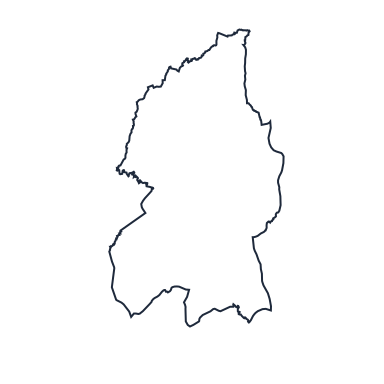 the district of Lam Plai Mat, Buri Ram, Thailand, rotated 341°
{"feature_id": "78962969B20413411154684", "entity_name": "Lam Plai Mat", "entity_type": "district", "adm_level": 2, "iso_a3": "THA", "parent_name": "Thailand", "parent_adm1": "Buri Ram", "projection": "robinson", "projection_center": [102.861, 15.019], "detail": "fine", "context": "isolated", "style": "outline", "palette": "slate", "viewbox_px": 384, "rotation_deg": 341, "n_neighbors": 0, "source": "geoboundaries", "source_scale": "gbopen_adm2", "svg_char_len": 5988}
<svg xmlns="http://www.w3.org/2000/svg" viewBox="0 0 384 384"><g transform="rotate(341 192 192)"><path d="M228.0,329.7L229.5,325.7L230.6,318.4L230.8,312.4L229.2,303.6L229.2,300.3L229.3,298.9L231.5,292.0L232.0,287.4L233.3,282.7L232.7,278.6L232.7,271.9L232.2,268.0L232.2,265.4L234.7,254.5L235.6,254.8L237.5,255.0L239.8,254.9L243.6,253.6L246.8,253.2L248.1,252.7L248.6,252.2L249.1,252.3L250.9,250.2L251.7,247.7L252.7,245.7L254.7,244.8L255.2,245.0L255.4,245.8L256.1,245.7L256.2,246.1L256.7,245.6L258.1,245.6L258.3,245.0L260.0,244.4L260.1,243.4L262.0,243.0L263.4,242.4L264.0,240.3L265.4,239.2L266.9,239.4L268.5,238.1L271.5,233.3L274.2,224.7L275.3,217.9L276.1,215.9L276.4,211.3L277.2,208.9L279.7,205.5L282.8,202.6L284.2,200.8L287.8,194.5L290.2,188.1L289.7,185.4L289.1,184.2L285.0,181.2L282.8,179.1L281.4,175.6L281.0,171.6L281.9,165.8L287.3,157.1L288.9,150.9L287.9,151.6L285.6,152.0L279.7,151.2L280.5,147.6L280.6,146.0L280.2,145.8L280.6,143.6L280.3,143.4L280.8,138.8L280.5,138.7L280.1,137.9L278.8,137.2L278.6,136.2L277.3,135.6L277.4,135.0L276.3,134.1L276.3,131.1L275.8,130.6L275.8,129.7L275.4,128.7L275.0,128.3L274.4,126.5L272.9,126.0L273.9,122.8L274.3,117.9L276.1,113.2L276.3,109.2L276.9,106.4L279.0,103.1L279.9,99.3L281.3,97.2L281.5,95.0L282.8,90.3L284.2,87.4L285.8,83.0L287.8,79.3L289.3,75.1L289.4,72.5L288.5,69.8L288.9,70.0L289.5,69.8L290.8,68.9L290.8,68.4L291.2,67.9L291.0,66.9L291.3,65.6L291.8,65.6L292.9,62.9L294.3,62.6L295.4,61.9L296.4,61.9L297.4,59.7L298.8,58.8L298.6,57.9L297.3,57.5L297.1,57.1L296.5,56.9L296.0,57.1L294.8,56.3L293.4,56.0L292.9,55.5L292.3,55.5L291.6,54.6L290.9,54.6L289.7,53.8L287.7,54.1L286.3,56.0L285.5,55.7L284.3,56.3L284.3,55.5L283.9,55.1L282.7,56.5L281.5,56.4L280.6,56.9L276.9,55.8L276.2,56.6L269.8,51.0L268.5,50.1L266.8,52.1L266.3,54.1L264.3,57.0L263.1,60.6L262.6,61.1L261.8,61.1L260.7,60.4L259.9,60.5L259.5,60.9L259.2,60.7L257.0,61.5L254.6,63.4L253.8,63.1L252.4,63.7L250.3,63.5L249.9,64.4L248.7,64.9L247.7,64.9L247.3,66.2L246.4,66.6L245.9,66.5L245.7,66.7L245.5,66.4L245.0,67.3L244.2,67.9L242.2,67.7L241.8,68.2L240.8,68.2L240.6,68.7L239.0,68.4L238.6,66.7L238.1,66.3L237.2,66.7L236.8,66.4L235.8,66.4L235.4,66.8L234.5,66.4L234.3,66.8L234.5,67.8L234.3,68.0L233.0,67.7L230.8,68.5L230.5,67.9L230.8,67.7L230.9,66.7L231.2,66.6L231.0,65.3L230.6,65.3L230.9,64.8L230.4,64.8L231.2,64.4L230.8,64.0L229.5,64.6L229.2,65.5L228.4,65.5L227.9,65.9L227.0,65.8L226.8,66.7L224.8,67.1L224.3,68.2L224.7,69.4L224.1,69.8L222.9,69.7L221.0,70.6L218.7,73.7L217.7,72.6L217.1,71.1L212.5,68.3L212.5,66.5L211.8,66.5L211.5,66.9L210.9,66.8L210.1,68.3L208.7,69.1L208.4,70.1L206.1,71.8L205.9,72.5L204.8,73.3L202.7,77.4L200.6,76.7L199.7,79.6L196.8,82.2L194.8,81.7L193.0,80.8L189.7,81.0L189.5,78.4L184.4,78.6L184.2,80.9L180.1,83.8L179.8,84.5L178.5,85.5L178.3,86.2L177.3,87.6L175.5,88.2L173.2,87.7L171.5,87.9L170.2,88.8L169.0,89.1L169.0,89.9L168.5,91.1L168.6,93.1L168.2,93.6L167.9,95.4L167.4,96.3L165.8,98.1L164.4,98.5L164.0,99.8L164.0,102.5L162.9,102.8L161.0,104.4L159.7,104.3L159.8,106.4L159.2,107.8L159.2,108.7L158.8,109.9L158.3,110.4L157.7,110.3L157.2,112.0L156.4,112.9L155.6,113.1L154.8,114.1L154.2,116.0L152.9,116.8L151.2,118.9L149.4,123.0L148.3,124.2L146.0,125.3L145.6,126.5L144.6,127.4L144.2,128.8L144.9,129.5L143.8,130.8L143.0,133.4L141.9,134.2L140.9,135.9L140.2,138.0L139.2,138.8L138.0,139.0L133.0,143.6L131.8,143.3L131.2,143.5L130.8,144.4L130.1,144.4L129.6,145.0L129.7,145.5L129.4,145.5L128.8,145.0L128.6,146.0L127.9,147.0L128.3,147.5L129.9,147.3L130.3,147.6L129.5,151.2L129.9,151.8L131.9,152.1L133.4,149.3L134.2,149.0L134.7,149.1L134.8,149.7L134.0,150.9L136.4,152.3L136.2,153.6L137.0,156.5L137.3,156.4L138.1,154.8L139.0,153.9L141.6,154.3L143.5,153.9L143.8,154.8L143.6,155.2L141.3,156.1L142.6,157.1L142.6,157.5L141.9,158.9L143.1,158.5L143.5,157.9L143.9,157.9L144.1,158.4L143.5,159.0L143.5,159.5L144.8,159.7L145.4,161.0L145.3,161.5L144.5,162.0L144.1,162.9L144.6,164.8L144.7,166.4L146.3,165.9L146.5,165.3L145.9,164.8L145.8,164.2L146.1,163.9L146.7,164.0L147.7,166.6L148.6,167.6L150.3,167.8L152.6,169.0L152.5,169.4L151.2,169.4L151.3,169.7L151.7,169.9L151.8,170.4L151.0,171.1L150.9,171.8L154.2,173.7L154.8,174.4L155.4,174.5L156.5,175.4L156.5,176.0L156.0,176.3L155.1,176.0L154.0,177.9L145.4,182.6L142.9,184.3L140.1,186.8L139.6,190.0L139.8,191.7L141.1,196.7L111.8,205.2L111.7,205.7L112.1,205.8L112.2,206.3L111.1,206.4L111.0,206.9L110.3,207.3L110.5,207.8L109.8,207.6L109.9,208.1L109.5,208.3L109.4,209.0L108.5,208.7L107.8,209.0L107.4,209.7L106.8,209.4L106.7,210.3L106.2,211.0L105.8,211.5L105.5,211.4L105.3,211.8L105.0,211.5L104.6,212.4L104.2,212.5L103.5,213.5L102.8,213.9L102.2,215.4L101.6,215.4L101.5,215.9L101.0,215.8L100.9,216.5L100.6,216.5L100.5,216.1L100.2,216.0L99.3,217.0L98.6,217.0L97.9,217.4L97.6,217.0L97.2,217.4L96.7,217.2L96.7,218.4L95.7,219.5L95.7,220.1L94.4,221.4L93.7,231.6L93.9,237.8L93.7,238.8L85.2,256.0L85.2,269.1L85.5,269.7L89.3,273.6L90.8,276.0L93.7,284.6L93.8,290.3L97.5,288.0L99.3,288.6L101.6,289.9L103.1,290.0L104.4,289.5L106.7,288.7L115.6,284.1L117.9,282.8L118.6,281.8L120.4,280.7L122.1,280.1L125.3,279.6L127.6,278.8L131.0,276.6L133.1,275.7L134.1,275.7L134.7,276.0L134.9,277.8L135.9,278.0L136.5,279.1L138.9,278.6L140.2,277.7L141.4,276.0L142.4,275.6L144.7,275.7L147.0,276.4L149.0,277.3L154.4,282.2L157.4,283.5L153.2,289.6L148.5,293.7L148.7,296.4L148.5,298.6L147.8,300.3L144.0,312.4L144.7,316.3L146.3,318.5L150.0,318.1L156.3,316.7L156.8,316.3L157.6,314.5L158.7,313.4L162.1,311.8L170.7,310.8L173.9,309.6L175.5,309.8L178.6,313.0L180.1,314.0L190.7,312.9L193.8,314.0L194.3,313.4L194.3,312.0L194.6,311.6L196.0,314.0L196.2,315.0L196.7,315.5L197.4,315.7L198.3,314.6L198.6,314.8L198.8,316.2L197.2,317.6L196.5,319.7L196.7,320.5L197.8,320.7L198.0,321.0L196.6,322.0L196.4,322.6L196.9,323.2L198.2,323.6L198.7,325.3L200.1,328.2L200.6,328.5L201.1,327.8L201.6,328.0L202.3,329.9L203.2,330.9L203.4,332.1L202.8,332.7L203.2,333.9L203.6,333.9L205.9,332.4L209.2,329.2L210.9,328.0L212.7,327.0L215.4,326.1L220.5,325.7L223.7,326.5L228.0,329.7Z" fill="none" stroke="#1e293b" stroke-width="2"/></g></svg>